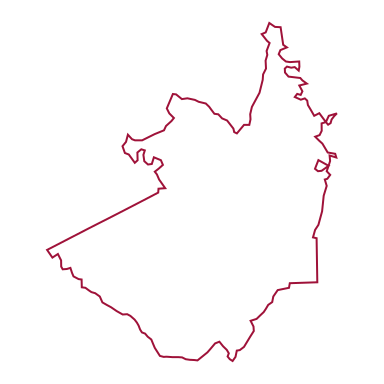 Santa Rosa, Rio Grande do Sul, Brazil
{"feature_id": "56859067B17988346737710", "entity_name": "Santa Rosa", "entity_type": "district", "adm_level": 2, "iso_a3": "BRA", "parent_name": "Brazil", "parent_adm1": "Rio Grande do Sul", "projection": "equal_earth", "projection_center": [-54.489, -27.84], "detail": "fine", "context": "isolated", "style": "outline", "palette": "rose", "viewbox_px": 384, "rotation_deg": 0, "n_neighbors": 0, "source": "geoboundaries", "source_scale": "gbopen_adm2", "svg_char_len": 2716}
<svg xmlns="http://www.w3.org/2000/svg" viewBox="0 0 384 384"><path d="M106.9,305.0L111.0,307.2L116.7,311.1L122.7,314.5L127.2,314.2L130.4,315.9L134.6,319.6L136.9,322.6L138.6,325.6L140.1,329.5L141.9,332.4L145.1,333.6L147.7,336.7L151.3,339.5L153.1,343.9L154.8,347.9L157.3,351.8L159.9,355.9L163.7,356.9L166.4,356.7L172.0,357.1L177.9,357.1L182.1,357.4L185.7,359.2L189.8,359.8L194.0,360.0L197.5,360.4L207.4,352.4L210.2,349.2L215.1,343.4L219.4,341.7L223.1,346.3L226.8,349.9L228.8,353.3L227.6,356.5L229.8,359.2L232.6,361.0L235.5,356.9L236.8,350.6L239.8,350.1L244.0,346.9L250.3,336.5L253.8,331.0L253.5,326.5L250.6,320.8L256.6,318.9L260.4,315.2L263.7,312.1L265.9,308.8L268.2,304.9L272.2,302.1L273.3,296.5L277.7,290.1L289.0,287.8L289.8,283.2L313.6,282.4L317.3,282.3L316.6,238.2L313.0,237.4L315.1,229.9L318.4,224.9L322.1,211.3L323.7,195.7L326.7,185.9L324.8,179.5L327.3,178.8L330.2,174.9L326.7,171.2L328.6,165.8L330.1,161.0L329.6,155.5L336.3,157.5L335.2,153.8L327.7,152.5L322.4,143.6L319.2,140.7L315.2,136.7L319.6,135.1L321.7,130.8L321.6,123.4L325.9,122.1L319.3,113.2L314.2,115.8L310.7,109.7L307.9,105.0L307.2,100.6L304.8,98.4L300.8,99.7L294.8,97.0L297.2,93.9L300.7,94.9L302.4,91.3L299.3,85.5L306.8,83.6L302.4,80.4L300.3,78.0L288.5,76.6L285.0,72.5L284.8,68.6L287.0,66.6L291.2,67.7L294.7,67.1L298.7,70.6L299.4,66.7L299.2,61.5L289.9,62.1L285.9,61.5L282.1,58.4L278.7,54.2L280.4,50.1L286.9,47.4L283.2,44.8L280.6,27.2L275.0,26.9L269.3,23.0L265.7,32.4L261.7,34.1L267.0,40.8L269.6,43.0L266.6,51.0L267.3,54.9L265.6,60.6L266.0,68.6L263.1,74.4L262.7,79.9L259.5,92.8L251.9,106.9L250.2,114.2L250.5,119.3L249.3,124.9L244.0,124.9L236.9,133.4L234.2,132.1L233.4,128.6L227.1,120.5L222.1,118.4L218.3,114.3L214.4,113.8L211.3,109.7L209.2,106.8L205.8,103.5L198.7,101.8L194.9,99.9L187.4,98.3L181.9,99.1L176.1,94.4L172.9,94.0L166.8,108.4L169.3,113.4L173.9,118.0L171.5,121.0L166.0,126.0L164.0,130.3L154.7,134.1L142.2,140.3L134.9,140.3L132.0,139.2L127.9,134.7L126.0,141.9L122.5,146.2L124.9,153.0L128.8,154.5L131.5,158.2L134.8,162.8L137.6,160.3L137.4,152.5L141.3,149.3L144.8,150.4L143.4,154.9L144.3,161.2L148.0,164.5L151.8,164.0L153.9,157.3L160.9,160.2L162.9,164.9L158.5,168.8L154.8,171.7L156.9,174.4L159.1,179.5L165.2,188.2L158.5,188.7L158.2,192.6L137.3,203.5L128.4,208.1L116.0,214.5L99.5,222.9L88.7,228.4L47.1,249.9L52.4,257.6L57.9,254.0L61.1,260.4L61.2,266.6L62.7,269.3L66.8,269.0L70.4,267.9L72.0,272.8L73.5,276.4L78.6,279.1L81.6,279.5L81.8,287.3L85.4,287.8L88.9,290.4L91.4,292.1L95.2,293.2L99.8,296.5L102.4,302.4L106.9,305.0ZM328.6,165.8L321.6,170.8L318.0,171.2L315.0,168.8L318.4,160.1L328.6,165.8ZM325.9,122.1L328.1,124.7L330.6,123.1L331.6,119.5L334.1,116.2L336.9,113.4L328.8,115.8L325.9,122.1Z" fill="none" stroke="#9f1239" stroke-width="2"/></svg>